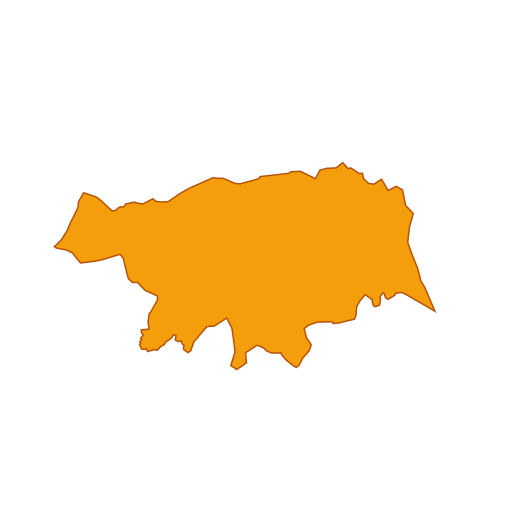 Jema'A, Kaduna, Nigeria, rotated 220°
{"feature_id": "59680162B37059166930142", "entity_name": "Jema'A", "entity_type": "district", "adm_level": 2, "iso_a3": "NGA", "parent_name": "Nigeria", "parent_adm1": "Kaduna", "projection": "equal_earth", "projection_center": [8.262, 9.414], "detail": "fine", "context": "isolated", "style": "filled", "palette": "amber", "viewbox_px": 512, "rotation_deg": 220, "n_neighbors": 0, "source": "geoboundaries", "source_scale": "gbopen_adm2", "svg_char_len": 3602}
<svg xmlns="http://www.w3.org/2000/svg" viewBox="0 0 512 512"><g transform="rotate(220 256 256)"><path d="M162.9,389.6L173.9,390.9L186.3,400.8L193.4,399.5L196.8,391.1L209.1,395.5L209.2,395.3L211.8,386.9L216.6,383.9L223.1,384.4L227.7,387.8L228.1,387.3L229.8,385.6L239.9,384.4L241.7,382.1L249.5,383.3L251.3,375.0L252.3,374.0L258.2,368.6L260.9,364.8L262.2,362.9L260.2,353.4L276.3,349.5L283.4,343.0L284.0,340.4L303.7,319.7L303.9,319.2L303.7,317.4L305.1,314.7L314.6,301.0L318.4,298.3L321.1,297.4L330.9,294.5L335.3,290.9L339.3,288.4L349.1,268.1L349.3,268.1L351.1,263.8L354.6,254.5L358.2,241.1L363.7,236.2L367.7,233.7L367.9,233.6L371.2,233.5L371.8,233.5L376.2,222.9L378.8,221.7L379.9,220.7L384.1,218.9L384.1,218.7L389.2,212.2L389.0,209.3L389.0,208.4L391.4,206.6L392.0,205.4L392.5,204.0L392.7,201.2L393.0,200.6L395.1,198.0L410.0,198.8L416.3,198.5L428.6,193.7L427.4,186.3L426.7,183.2L423.6,178.8L422.1,173.1L419.9,163.6L417.0,154.0L415.9,146.0L415.5,142.9L416.3,134.4L416.6,133.7L414.2,133.7L413.3,134.2L412.1,134.8L406.1,138.2L404.7,138.8L398.2,140.5L397.0,140.0L387.4,138.1L385.8,138.0L376.6,147.9L372.3,153.0L361.6,169.4L360.5,169.7L356.4,169.1L355.5,168.3L339.6,156.8L339.0,156.6L333.7,156.3L330.3,159.2L329.9,159.6L318.9,158.4L308.4,161.3L305.9,162.0L303.3,159.1L303.1,158.5L301.0,147.2L300.6,145.2L300.8,143.4L296.4,136.1L291.8,132.2L291.0,131.6L291.4,131.0L292.0,130.2L292.5,129.7L293.1,129.0L293.5,128.7L294.4,127.7L295.6,126.6L296.1,126.1L296.3,125.8L296.4,125.6L295.7,125.0L295.1,124.2L294.5,123.8L293.9,123.5L293.3,123.3L293.0,123.2L292.7,123.1L292.0,122.9L291.7,122.8L291.4,122.7L291.5,121.1L291.5,120.4L291.4,119.4L291.3,118.4L290.8,118.6L290.5,118.6L289.9,118.7L289.7,118.7L289.7,117.6L289.8,116.3L289.7,115.4L289.2,115.5L288.8,115.6L288.7,115.6L288.5,115.3L288.3,114.3L288.3,113.4L284.6,111.5L284.5,111.2L283.1,111.5L280.1,114.3L277.6,113.2L274.2,118.2L273.8,118.9L272.3,119.8L271.0,120.3L270.8,125.2L270.3,126.8L269.3,128.9L269.3,129.0L269.4,129.3L269.8,131.5L269.8,132.3L269.7,132.7L269.5,133.1L269.4,133.6L269.3,133.9L269.0,135.1L268.8,135.5L268.6,136.2L268.5,137.0L268.4,137.4L268.4,137.9L268.2,138.9L268.1,140.5L268.2,140.9L268.5,141.3L268.8,141.5L269.0,141.6L269.0,141.9L268.2,142.4L267.4,143.3L266.2,143.8L263.9,139.7L260.4,140.5L258.5,142.8L255.8,141.1L253.9,141.4L251.7,137.9L246.1,138.2L245.7,139.1L245.1,141.4L248.4,150.3L248.2,170.1L246.7,172.0L242.8,175.6L242.6,176.4L238.6,189.5L238.3,189.6L227.9,185.1L219.3,177.3L214.5,172.9L211.3,169.8L210.8,169.0L210.3,168.9L204.9,155.9L201.9,156.2L200.5,156.5L200.0,156.5L198.0,156.5L196.3,161.8L195.1,166.7L194.6,168.0L201.9,175.3L200.6,178.9L197.9,188.2L196.0,189.0L191.1,190.5L186.2,190.1L185.9,190.4L181.6,191.7L174.5,197.9L173.7,197.1L169.0,196.1L165.5,195.7L157.5,195.9L153.5,196.5L152.7,199.6L154.7,208.1L154.3,213.2L154.5,218.1L156.2,222.6L156.9,223.6L158.1,224.0L164.7,225.8L172.4,231.3L171.4,236.4L168.3,241.9L166.1,245.1L155.4,254.6L153.5,253.9L149.7,257.7L144.6,264.7L140.0,270.8L141.1,274.5L141.5,275.2L142.3,276.3L146.4,282.0L147.5,288.1L147.6,296.6L140.6,297.1L139.0,297.2L136.9,295.2L136.4,294.8L133.9,293.5L132.0,294.0L129.8,297.5L130.1,298.3L132.7,302.6L132.8,302.8L134.9,304.8L135.0,306.3L135.0,309.4L134.3,309.6L133.7,309.7L130.5,307.6L130.2,307.5L129.4,307.3L129.1,307.2L128.6,307.3L127.0,307.7L124.4,315.2L124.8,315.9L124.9,316.1L125.1,317.1L122.1,320.6L120.1,322.2L119.8,322.2L118.9,322.4L114.1,323.4L83.4,328.7L106.9,340.6L113.8,342.9L114.3,343.3L115.6,344.3L123.7,350.1L139.5,358.6L148.6,364.0L155.1,373.9L157.9,378.2L158.0,379.0L160.8,385.2L162.9,389.6Z" fill="#f59e0b" stroke="#b45309" stroke-width="1.5"/></g></svg>